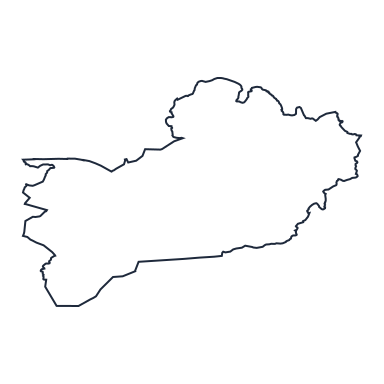 Cirmas pag., Ludzas, Latvia (Equal Earth projection)
{"feature_id": "27541924B88018197851327", "entity_name": "Cirmas pag.", "entity_type": "district", "adm_level": 2, "iso_a3": "LVA", "parent_name": "Latvia", "parent_adm1": "Ludzas", "projection": "equal_earth", "projection_center": [27.6, 56.52], "detail": "fine", "context": "isolated", "style": "outline", "palette": "slate", "viewbox_px": 384, "rotation_deg": 0, "n_neighbors": 0, "source": "geoboundaries", "source_scale": "gbopen_adm2", "svg_char_len": 5918}
<svg xmlns="http://www.w3.org/2000/svg" viewBox="0 0 384 384"><path d="M297.9,223.8L303.2,222.2L303.1,221.1L305.3,220.1L308.0,216.7L309.4,213.1L308.5,213.4L308.2,213.1L308.2,212.4L307.3,211.6L307.2,210.8L308.4,209.6L308.7,209.1L308.5,208.6L309.9,206.8L312.1,204.9L314.1,203.7L316.2,203.2L317.0,203.6L317.7,204.3L319.0,206.0L319.1,206.9L321.7,209.1L322.5,209.4L323.5,209.3L325.0,208.3L325.1,207.3L324.4,207.0L324.3,206.6L325.1,204.9L324.5,203.8L324.6,203.5L325.1,203.0L325.2,202.5L325.0,202.3L325.7,200.9L325.7,198.7L325.2,195.0L325.7,193.9L324.5,193.3L323.2,191.6L323.4,191.2L324.4,190.3L325.2,189.8L328.5,189.5L333.2,186.4L336.1,185.2L336.5,184.7L336.6,183.4L336.4,182.7L336.9,181.0L337.9,180.4L338.1,179.5L338.3,179.2L338.7,179.1L340.9,179.7L342.8,180.8L344.1,181.0L347.1,179.9L350.1,179.1L352.2,177.9L355.4,177.6L356.3,177.3L357.1,176.7L357.6,176.2L357.5,175.3L356.8,174.2L355.9,173.9L356.9,170.8L356.2,169.7L355.5,169.3L355.3,168.5L355.5,167.6L356.1,166.2L355.5,165.1L355.6,163.9L357.2,162.8L357.4,162.2L357.0,161.4L355.3,160.7L354.4,158.0L354.5,157.4L356.1,156.9L357.8,156.0L358.0,155.5L358.0,154.7L360.1,150.9L357.8,146.4L356.1,142.3L359.3,137.8L359.4,137.0L360.7,136.3L361.0,135.5L356.4,135.3L356.0,134.4L355.2,134.1L354.5,134.0L353.8,134.3L352.4,134.4L351.9,134.3L351.5,133.9L350.1,133.9L347.4,133.0L347.3,131.9L344.9,130.8L341.4,127.1L340.7,125.9L340.1,125.6L339.8,125.1L339.7,124.6L340.2,123.7L340.3,123.1L340.8,122.7L342.0,122.4L342.4,122.0L342.6,121.3L342.2,121.0L341.6,121.2L340.9,120.9L339.6,121.1L339.3,120.9L339.2,120.2L338.6,120.0L338.6,119.5L338.3,118.9L338.5,118.5L338.0,117.2L337.2,116.7L337.2,115.6L337.6,114.8L337.4,114.4L337.6,113.8L337.2,113.3L335.5,112.5L335.4,111.9L326.3,113.7L319.7,117.1L317.6,119.5L315.8,120.8L312.7,118.5L311.9,118.4L310.7,118.8L307.7,118.1L305.9,118.1L304.4,115.5L304.0,115.3L300.9,108.0L299.5,107.0L297.1,107.6L296.4,108.5L296.1,109.2L296.0,113.8L294.4,115.0L292.0,115.4L290.4,115.2L288.3,114.6L286.8,114.8L283.9,114.7L283.4,114.3L283.4,113.1L283.1,112.2L281.7,110.8L282.0,110.4L281.6,109.7L282.1,109.5L282.2,109.0L281.9,107.7L281.0,105.4L280.4,104.3L279.2,103.3L279.1,102.5L278.4,101.3L278.0,100.9L277.0,100.6L276.9,100.0L276.1,99.3L276.1,98.9L274.4,97.9L273.5,96.8L273.5,96.5L272.9,95.8L271.9,95.5L271.4,94.6L270.8,94.5L269.5,93.5L269.2,93.2L269.4,93.1L269.3,92.6L268.3,92.1L268.5,92.0L268.4,91.6L266.9,91.0L266.4,91.1L266.2,90.6L265.9,90.3L262.7,89.6L262.0,89.0L261.3,87.7L260.6,87.3L257.1,86.8L255.5,87.0L251.9,87.9L251.6,88.8L250.8,89.3L250.9,90.4L251.6,90.7L251.5,91.2L248.6,91.8L248.2,92.1L248.1,92.7L248.3,93.9L248.1,95.2L248.4,96.1L248.3,97.0L247.2,98.1L246.9,98.9L245.6,100.7L244.4,102.1L243.8,102.5L242.5,102.8L240.5,102.2L239.3,101.5L236.6,101.4L236.3,101.2L236.4,100.3L237.9,98.6L238.4,97.7L238.4,96.4L238.7,95.3L239.1,92.5L239.5,92.0L241.5,90.7L242.3,89.8L242.2,89.0L241.4,87.8L241.4,86.6L241.2,86.1L240.2,84.9L238.6,83.8L234.6,81.9L226.8,79.2L223.9,78.6L223.0,78.3L221.0,78.0L217.4,78.0L214.3,79.0L212.2,80.2L209.5,81.1L205.6,81.9L202.0,80.9L200.8,81.0L198.5,81.8L197.3,83.1L197.0,84.6L196.2,85.1L195.9,85.6L194.8,88.2L194.5,90.2L194.1,90.6L192.9,93.5L192.4,94.0L190.7,94.5L188.4,95.5L188.1,96.0L187.8,96.1L186.6,95.8L185.6,95.9L177.7,99.7L177.1,98.6L175.4,100.1L174.6,101.1L174.3,102.2L174.5,104.7L174.0,105.9L173.1,107.5L171.1,109.0L170.5,110.5L169.9,111.1L170.0,111.6L171.6,112.3L171.4,112.9L173.4,116.2L173.4,116.7L173.1,117.0L171.4,117.3L170.0,117.1L168.7,117.1L166.9,118.3L165.9,119.7L166.0,121.9L166.6,123.5L168.8,126.0L171.5,126.2L171.5,127.0L172.1,127.7L172.1,128.0L171.3,128.5L171.3,129.0L171.6,130.5L172.3,131.5L172.7,134.9L172.4,135.4L173.3,136.8L173.9,137.1L176.6,137.8L179.7,138.1L181.6,137.8L182.8,138.2L174.1,141.3L162.0,149.1L160.4,149.6L145.1,149.2L142.5,155.9L136.2,160.7L128.2,162.5L126.5,159.1L124.9,159.5L125.1,160.6L124.0,164.3L116.0,168.8L113.9,170.3L112.3,170.9L111.6,171.6L111.3,171.5L100.9,165.7L95.4,163.3L89.4,161.1L83.5,160.0L83.5,160.3L81.1,159.7L75.1,158.7L67.5,158.6L67.4,159.0L58.5,158.8L43.5,159.2L34.0,159.0L34.1,159.3L23.1,159.7L23.8,160.6L23.7,161.0L23.9,161.6L24.7,161.9L24.9,162.2L25.3,162.3L25.3,162.6L26.1,163.4L26.2,163.7L25.7,164.1L25.8,164.3L26.5,164.0L27.8,164.5L29.3,165.4L30.1,166.2L31.8,166.1L33.7,166.3L37.9,167.6L40.2,165.8L43.0,164.5L48.0,164.4L50.1,165.2L51.9,164.8L52.5,165.0L53.7,166.1L54.3,167.4L54.0,167.8L50.4,168.1L48.7,170.0L47.2,171.1L47.1,172.6L45.7,174.2L45.7,175.6L45.2,176.3L43.9,179.6L42.8,181.6L34.5,185.2L32.7,185.8L29.2,185.4L25.4,183.9L26.4,184.6L26.7,185.3L26.4,185.9L24.7,187.4L24.4,188.5L23.6,190.2L23.0,192.5L29.7,197.8L25.0,203.3L24.8,204.0L26.0,204.2L46.9,210.1L46.2,211.2L44.8,211.7L40.4,216.0L39.5,216.4L35.5,217.0L32.8,216.8L25.4,221.0L24.3,231.8L23.9,233.6L23.0,235.9L27.4,237.0L30.4,239.6L32.6,240.6L36.4,242.6L43.6,245.3L52.2,252.1L54.8,255.0L55.2,255.7L54.2,256.0L51.3,257.8L51.0,258.3L51.0,259.3L50.7,260.0L49.3,261.0L49.1,261.6L49.2,262.2L49.7,262.8L49.5,263.3L48.3,263.6L46.5,263.5L45.6,263.7L43.3,265.6L42.9,266.2L42.9,266.7L43.6,267.7L44.3,268.2L44.4,268.6L41.8,269.2L41.0,270.0L40.7,270.9L41.0,271.3L42.6,271.7L42.8,272.3L42.7,273.8L43.6,274.8L43.4,275.4L43.0,275.9L43.5,276.5L43.6,277.1L43.3,279.0L43.5,279.3L44.1,279.6L46.2,279.7L45.2,286.7L56.6,305.9L78.5,306.0L90.3,299.4L93.2,298.0L96.0,296.3L100.5,289.4L113.0,277.0L122.7,276.3L135.3,271.2L135.2,270.6L138.6,261.8L183.8,258.9L199.7,257.6L214.2,256.7L221.8,255.9L222.3,252.7L223.2,251.7L225.4,252.4L230.3,251.6L233.2,249.4L236.3,248.5L241.9,247.7L245.2,245.7L252.2,247.0L253.3,247.5L256.7,247.9L262.7,246.8L264.7,245.2L266.1,244.5L269.3,244.3L271.2,243.8L274.9,243.9L276.4,243.3L280.4,243.6L282.7,243.3L285.8,242.0L285.9,241.6L287.0,240.9L289.2,240.1L289.8,239.2L290.9,238.6L291.4,236.6L291.8,236.2L293.0,235.5L295.7,235.4L296.6,234.9L296.7,234.6L295.9,232.8L296.0,231.3L295.1,230.5L296.7,229.8L297.6,228.1L297.5,227.6L296.4,226.9L295.9,226.2L297.9,223.8Z" fill="none" stroke="#1e293b" stroke-width="2"/></svg>